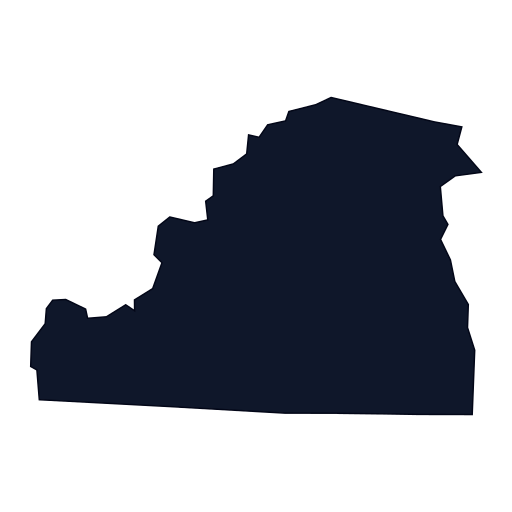 Patrick, Virginia, United States of America (Natural Earth projection)
{"feature_id": "52423323B55651194220795", "entity_name": "Patrick", "entity_type": "district", "adm_level": 2, "iso_a3": "USA", "parent_name": "United States of America", "parent_adm1": "Virginia", "projection": "natural_earth1", "projection_center": [-80.328, 36.707], "detail": "fine", "context": "isolated", "style": "filled", "palette": "ink", "viewbox_px": 512, "rotation_deg": 0, "n_neighbors": 0, "source": "geoboundaries", "source_scale": "gbopen_adm2", "svg_char_len": 828}
<svg xmlns="http://www.w3.org/2000/svg" viewBox="0 0 512 512"><path d="M331.1,97.5L315.8,104.7L288.9,111.5L285.6,120.9L267.7,124.8L259.1,137.3L248.6,134.9L246.7,153.9L233.4,163.9L213.8,169.1L213.3,195.8L205.7,201.2L207.8,219.9L194.6,222.8L169.8,217.0L158.3,226.2L154.0,254.7L162.0,262.7L152.7,288.6L134.5,299.9L134.6,310.8L125.7,304.8L106.4,316.8L87.6,318.3L85.6,309.1L65.7,299.5L52.7,300.2L46.4,308.6L45.2,323.7L31.5,341.8L30.7,366.5L36.9,369.9L39.3,399.7L117.7,403.8L172.6,406.7L178.4,407.0L179.2,407.1L284.8,413.1L336.7,413.2L339.0,413.3L380.6,413.8L382.3,413.8L419.0,414.4L472.2,414.5L474.7,350.2L467.5,327.6L468.3,304.5L454.8,281.5L450.4,259.9L440.5,239.4L447.9,224.4L442.9,215.8L440.3,186.5L455.3,175.8L481.3,172.3L457.1,144.5L461.8,126.9L434.4,121.9L331.1,97.5Z" fill="#0f172a" stroke="#020617" stroke-width="1.5"/></svg>